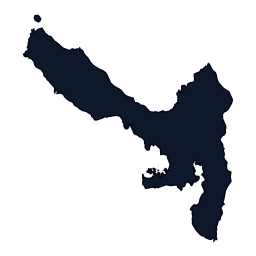 outline of Dompu, Nusa Tenggara Barat, Indonesia
{"feature_id": "22746128B31420255543838", "entity_name": "Dompu", "entity_type": "district", "adm_level": 2, "iso_a3": "IDN", "parent_name": "Indonesia", "parent_adm1": "Nusa Tenggara Barat", "projection": "natural_earth1", "projection_center": [118.191, -8.494], "detail": "fine", "context": "isolated", "style": "filled", "palette": "ink", "viewbox_px": 256, "rotation_deg": 0, "n_neighbors": 0, "source": "geoboundaries", "source_scale": "gbopen_adm2", "svg_char_len": 5898}
<svg xmlns="http://www.w3.org/2000/svg" viewBox="0 0 256 256"><path d="M208.7,63.6L207.9,64.2L207.9,65.5L207.1,66.6L205.8,66.2L205.3,67.2L204.2,67.7L203.2,69.0L200.8,69.8L199.9,71.8L194.5,74.1L194.3,76.4L194.9,77.9L194.5,79.4L194.8,80.5L194.0,81.8L192.6,82.6L190.9,82.6L188.4,83.7L187.7,84.4L187.3,86.5L186.6,87.7L185.9,87.5L185.9,86.8L184.5,85.4L182.2,85.7L181.6,86.6L181.9,88.6L181.4,90.1L181.8,91.0L181.1,91.7L180.0,91.5L178.5,89.9L179.0,91.6L177.2,92.8L176.9,93.8L177.1,94.8L178.4,96.0L177.8,97.2L178.5,98.2L177.9,99.4L177.8,101.1L178.5,102.8L176.8,102.9L175.5,104.6L174.9,104.6L174.9,106.7L173.7,107.1L173.6,107.9L172.5,109.4L171.2,109.6L170.8,110.3L168.6,111.5L167.3,111.6L166.2,112.4L164.8,111.6L163.8,111.9L163.0,110.9L159.5,112.2L158.7,113.0L157.1,112.1L154.6,111.9L153.7,112.4L149.6,111.7L144.8,106.3L142.1,105.2L140.4,105.4L139.2,103.8L137.3,102.9L135.0,102.9L133.6,100.2L133.3,98.3L127.8,96.7L124.7,94.9L120.8,90.1L113.7,86.0L110.5,82.9L106.8,74.6L105.4,72.5L102.6,70.7L98.7,69.0L92.8,65.1L89.9,61.7L88.1,58.5L84.4,54.5L82.5,50.6L80.3,49.4L79.7,48.1L78.9,49.3L76.9,48.9L75.5,49.8L72.0,48.9L70.6,50.3L68.5,50.3L62.9,48.1L57.7,43.5L54.0,40.8L50.9,36.6L47.9,35.9L47.1,34.8L45.3,33.6L41.9,28.2L38.1,29.4L35.6,31.7L34.2,30.9L33.8,29.1L32.8,30.0L31.7,30.1L32.5,32.4L30.5,34.0L31.0,36.5L28.9,39.3L29.0,41.7L28.4,42.9L28.3,45.1L27.4,47.4L28.3,48.6L28.3,50.0L25.6,51.9L24.9,53.9L23.6,54.2L24.4,56.1L25.7,56.6L28.6,56.5L29.2,57.1L29.0,57.5L28.8,56.8L29.0,58.0L30.1,57.9L32.0,59.2L34.1,61.6L34.7,64.6L36.2,66.9L41.6,69.7L42.6,71.7L44.0,73.0L43.8,74.6L44.2,76.0L46.4,77.8L47.5,79.9L49.6,81.4L49.8,82.2L54.5,87.4L54.8,89.3L54.5,91.5L54.8,92.4L55.3,90.8L56.7,90.6L57.7,91.4L57.1,93.4L60.6,93.0L61.8,93.3L64.0,95.0L64.6,96.6L66.7,98.7L69.1,100.6L72.9,102.1L74.2,104.6L75.9,106.2L78.1,106.9L79.1,108.4L82.7,110.5L86.1,111.3L91.6,114.7L91.7,116.4L92.7,116.7L94.6,119.7L96.0,120.0L102.4,118.0L104.0,116.9L105.9,116.7L106.9,117.1L109.1,116.0L110.2,116.5L111.5,115.9L116.8,115.3L118.3,115.8L119.5,115.7L122.6,119.7L122.9,122.2L124.1,124.0L124.3,125.0L123.9,125.4L124.3,125.8L124.4,127.0L125.2,128.4L126.4,128.9L127.3,128.6L128.1,128.0L128.8,126.2L128.7,125.2L129.5,124.7L129.8,125.5L130.3,125.5L131.5,124.7L131.6,126.1L131.0,126.8L132.4,128.8L132.9,128.8L133.0,129.5L132.5,129.7L133.5,131.1L133.4,132.2L134.4,133.7L135.4,134.4L136.5,134.3L139.9,136.9L141.5,137.4L143.5,139.0L144.6,140.8L144.6,143.2L145.6,145.1L145.1,145.9L145.3,147.7L146.9,149.9L149.0,149.9L149.4,148.9L149.2,147.5L150.0,146.6L150.1,145.2L150.6,144.6L152.3,144.6L153.5,145.6L154.0,144.7L155.7,144.3L160.5,148.9L160.8,154.5L163.9,154.0L165.0,154.8L166.1,154.4L167.0,155.6L167.5,155.6L167.8,156.6L167.5,157.4L170.0,163.7L170.0,165.5L168.9,169.0L167.9,170.5L166.9,170.8L165.9,168.6L165.2,168.6L165.1,169.9L164.3,170.2L165.5,170.9L165.5,171.7L166.6,173.2L165.7,174.6L164.3,175.1L162.5,172.8L161.6,173.7L162.0,175.5L160.3,177.1L159.5,176.2L160.2,175.1L159.5,173.1L158.3,172.5L158.3,173.3L157.3,173.8L157.6,174.3L157.0,174.8L155.5,174.3L155.4,173.8L155.1,174.0L154.9,174.9L155.8,175.4L155.4,176.9L153.6,177.2L153.5,176.1L153.4,176.7L152.8,176.9L152.8,176.4L151.4,178.4L150.4,178.0L149.3,178.9L148.4,178.3L147.0,178.7L146.1,177.9L144.0,177.4L142.5,173.8L142.9,176.4L142.7,178.0L143.3,180.3L142.8,181.7L142.9,184.3L144.5,185.9L145.6,188.4L152.5,187.1L154.0,187.2L154.9,187.9L156.5,187.1L158.3,187.5L166.1,184.6L170.4,185.5L176.3,184.9L177.8,185.8L177.7,187.1L180.5,189.2L181.0,190.3L181.8,189.6L181.9,187.0L184.2,186.4L186.1,182.3L187.3,181.9L188.8,182.5L190.3,183.4L191.0,185.0L191.3,184.6L191.8,185.2L193.8,181.9L195.9,181.8L196.4,180.5L197.6,180.5L198.9,178.8L199.1,177.7L198.8,176.6L195.2,176.0L193.9,173.6L193.9,172.8L195.2,171.1L192.5,164.6L193.0,162.9L194.3,160.8L195.0,160.3L196.3,160.4L196.4,162.3L196.7,162.9L196.7,163.8L197.1,164.2L198.2,164.2L199.7,163.6L199.6,165.0L200.1,165.4L201.7,164.8L202.6,165.1L202.9,165.7L202.7,168.3L203.9,172.4L201.8,174.8L202.9,175.2L203.1,175.9L203.9,175.9L204.0,177.0L205.5,179.2L205.0,180.9L202.5,182.5L201.9,184.6L204.3,190.1L204.5,192.5L202.2,194.8L201.1,196.9L200.2,198.9L199.1,203.6L195.7,205.7L194.7,204.8L194.1,204.9L191.5,207.4L190.5,209.4L192.0,210.4L192.5,211.7L192.3,214.3L193.1,216.3L192.4,218.1L192.5,221.2L192.8,222.1L192.4,223.0L193.1,225.0L196.3,230.2L200.4,234.5L201.8,235.6L203.9,236.1L206.3,238.0L209.8,239.3L211.5,239.3L212.7,237.8L213.9,238.2L214.2,238.5L214.0,240.6L215.0,239.5L216.7,239.4L216.0,236.1L216.4,234.2L216.0,231.5L216.6,229.8L216.3,226.5L217.2,225.0L217.9,221.0L220.0,219.5L220.4,216.9L222.2,213.7L222.0,210.9L220.7,208.0L222.3,205.3L224.1,204.1L222.5,202.3L223.0,201.9L224.0,198.0L225.2,191.0L227.1,186.9L230.9,181.4L230.2,176.8L230.8,172.2L228.0,170.9L226.7,169.4L226.4,165.3L227.0,162.5L224.5,159.4L223.6,156.9L224.3,154.2L223.3,150.7L223.9,148.5L223.1,148.2L222.5,144.3L220.2,140.7L219.9,139.4L220.9,137.3L223.0,135.3L224.0,135.0L225.4,132.7L225.1,129.8L225.7,127.8L225.5,125.6L222.5,118.8L222.4,114.0L224.5,111.5L225.8,111.2L228.0,109.3L231.5,103.2L232.4,99.8L228.7,91.6L223.7,88.6L218.8,83.3L217.1,80.1L216.1,74.8L215.3,72.7L212.3,70.0L209.3,64.4L208.7,63.6ZM37.5,15.4L35.0,15.8L34.4,18.0L35.4,20.3L38.5,21.9L40.1,20.6L40.6,18.6L38.7,16.0L37.5,15.4ZM150.4,170.5L149.8,169.5L148.7,169.0L148.7,169.7L148.2,170.3L149.0,171.0L147.9,170.8L147.8,171.3L147.1,171.5L147.2,172.1L149.3,172.4L150.7,173.6L151.5,172.9L150.8,171.7L151.7,169.1L150.3,169.1L150.5,169.8L150.4,170.5ZM153.3,171.5L153.1,170.9L153.0,171.5L152.2,171.6L152.3,172.0L151.8,172.4L154.5,173.3L154.6,173.9L153.8,174.0L154.3,174.9L155.1,173.9L154.7,172.1L153.3,171.5ZM195.9,164.1L196.5,163.1L196.2,161.8L195.4,163.0L195.9,164.1ZM155.0,169.1L153.6,168.4L153.4,168.8L154.3,169.8L154.2,171.1L153.5,170.9L154.2,171.5L154.6,169.2L155.0,169.1ZM154.6,171.7L155.3,171.2L155.0,170.8L154.6,171.7ZM158.5,171.0L158.4,170.4L158.1,169.8L158.1,170.2L158.5,171.0Z" fill="#0f172a" stroke="#020617" stroke-width="1.5"/></svg>